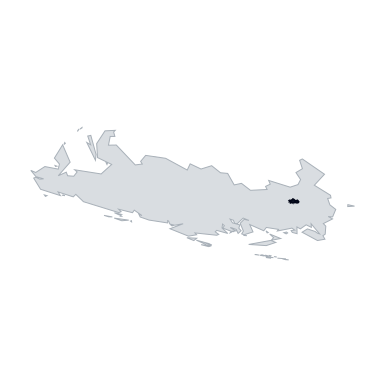 where Mariy-El sits in Russia, rotated 190°
{"feature_id": "RUS-2385", "entity_name": "Mariy-El", "entity_type": "Republic", "adm_level": 1, "iso_a3": "RUS", "parent_name": "Russia", "parent_adm1": "", "projection": "natural_earth1", "projection_center": [48.096, 56.579], "detail": "fine", "context": "in_parent", "style": "filled", "palette": "ink", "viewbox_px": 384, "rotation_deg": 190, "n_neighbors": 0, "source": "natural_earth", "source_scale": "10m", "svg_char_len": 5218}
<svg xmlns="http://www.w3.org/2000/svg" viewBox="0 0 384 384"><g transform="rotate(190 192 192)"><path d="M288.3,237.1L278.3,239.4L279.6,237.5L277.6,233.3L282.2,232.5L282.4,223.6L274.7,225.1L252.6,208.8L245.8,210.9L247.9,213.2L244.0,220.0L223.8,220.6L200.5,212.8L198.7,219.4L187.1,216.2L177.2,221.3L167.3,215.9L160.1,216.5L151.7,206.3L144.8,209.1L134.7,203.8L118.5,207.5L120.5,210.3L116.3,213.3L118.5,216.7L96.2,213.8L88.9,217.7L87.2,223.1L93.0,229.2L87.3,234.1L91.5,241.9L89.1,243.7L64.6,232.5L72.7,219.9L55.0,212.8L54.1,210.3L57.3,209.2L54.0,203.3L47.4,199.8L49.2,191.9L53.6,191.5L48.9,189.9L57.2,183.7L54.3,181.6L53.5,173.6L55.5,171.7L52.9,168.6L60.0,166.0L76.6,171.5L71.9,175.7L63.9,174.5L61.0,173.1L59.0,172.9L69.2,181.4L68.3,177.9L73.9,179.5L78.9,174.5L82.6,175.8L81.3,169.2L86.2,169.6L87.7,171.2L84.2,172.3L87.3,173.8L101.2,168.4L100.3,170.2L112.6,170.0L114.6,166.3L129.5,170.0L125.0,163.3L133.3,158.9L135.8,159.4L134.6,162.4L139.1,169.6L135.9,174.1L131.0,173.9L137.1,175.2L141.9,168.7L144.4,168.4L146.4,171.4L149.8,171.9L146.7,168.6L139.2,167.9L139.6,164.5L136.9,162.4L139.4,159.2L141.9,162.8L146.9,163.7L148.2,163.6L142.1,161.3L146.4,160.1L155.4,161.8L154.3,164.5L156.3,165.7L156.2,161.8L149.6,157.4L161.0,158.5L162.2,156.8L158.3,154.9L160.1,153.7L182.0,152.2L180.0,150.7L187.8,147.9L207.3,152.0L195.2,159.2L203.2,156.3L208.3,156.6L209.8,159.1L210.3,159.5L211.0,159.6L210.6,157.3L229.5,156.9L238.7,158.4L240.5,160.9L237.2,160.1L245.7,164.1L247.0,161.3L261.3,162.3L258.4,160.3L260.5,159.0L297.2,163.6L306.0,169.5L308.1,166.6L323.9,168.8L321.0,165.6L341.6,168.4L350.3,178.2L348.4,179.4L344.1,178.2L340.4,179.2L348.3,180.0L354.5,185.3L349.3,184.1L341.3,191.5L327.7,191.3L327.4,196.5L333.4,201.5L327.6,216.0L317.2,200.2L326.5,184.8L319.3,189.7L317.3,186.4L311.2,187.0L308.6,191.8L311.4,193.5L284.6,194.0L275.9,205.2L291.0,209.5L294.3,223.1L288.3,237.1ZM127.1,150.2L106.0,158.0L100.7,156.9L109.6,152.1L127.1,150.2ZM292.6,206.5L304.2,222.5L300.0,220.9L304.4,229.0L301.5,230.2L293.0,212.3L292.6,206.5ZM96.6,161.6L105.6,158.2L103.7,161.2L108.2,164.1L96.6,161.6ZM249.4,153.3L256.1,151.5L264.1,152.8L249.4,153.3ZM169.7,142.9L179.4,145.3L167.1,144.2L169.7,142.9ZM166.0,141.1L173.9,141.7L163.6,142.4L166.0,141.1ZM181.8,144.5L189.1,146.1L179.3,147.3L181.8,144.5ZM266.1,153.6L269.8,153.1L274.6,153.7L266.1,153.6ZM29.5,206.3L36.1,204.7L36.3,206.6L29.5,206.3ZM92.0,142.1L96.4,141.7L87.9,142.5L92.0,142.1ZM259.4,156.7L264.8,158.1L257.6,157.7L259.4,156.7ZM94.5,167.9L91.9,169.0L90.7,168.3L92.0,167.1L94.5,167.9ZM100.4,141.5L104.4,141.1L106.5,141.5L100.4,141.5ZM114.0,141.5L112.2,142.3L109.2,142.0L109.9,141.5L114.0,141.5ZM118.0,141.6L114.6,141.5L119.4,141.3L118.0,141.6ZM110.9,164.8L112.4,166.6L109.9,165.3L110.9,164.8ZM167.9,143.3L165.4,143.8L163.2,143.2L167.9,143.3ZM102.6,140.5L107.8,140.3L106.0,140.9L102.6,140.5ZM336.9,163.5L334.2,163.2L335.6,162.2L336.9,163.5ZM88.2,141.6L91.4,141.9L85.0,141.9L88.2,141.6ZM133.4,158.3L130.3,158.5L133.4,158.2L133.4,158.3ZM205.8,155.1L207.6,156.1L205.0,155.5L205.8,155.1ZM319.6,166.3L317.9,166.7L316.5,166.3L319.6,166.3ZM107.8,142.5L105.4,142.2L109.2,142.4L107.8,142.5ZM107.0,140.9L108.5,141.5L105.6,141.1L107.0,140.9ZM315.3,231.7L315.1,232.9L314.1,234.5L315.3,231.7ZM103.8,142.4L105.4,143.0L103.3,142.9L103.8,142.4ZM146.1,159.9L144.0,160.4L143.5,160.3L146.1,159.9ZM331.5,194.3L329.5,194.0L330.8,193.4L331.5,194.3ZM258.4,155.7L258.0,156.5L257.0,155.9L258.4,155.7ZM280.5,204.3L281.5,205.7L280.3,205.4L280.5,204.3ZM326.4,216.5L325.9,218.6L325.2,217.9L326.4,216.5ZM100.1,142.6L98.1,142.8L97.3,142.6L100.1,142.6ZM147.3,158.5L146.9,159.3L146.4,159.1L147.3,158.5ZM247.5,152.7L246.6,153.2L246.3,152.1L247.5,152.7ZM311.4,236.1L313.3,234.4L311.5,236.5L311.4,236.1Z" fill="#d9dde1" stroke="#a8b0b8" stroke-width="1"/><path d="M94.5,200.4L94.8,200.5L94.7,200.6L94.4,200.8L94.3,200.7L94.2,200.8L93.9,200.8L94.0,200.7L93.9,200.6L93.7,200.7L93.5,200.8L93.4,200.9L93.2,200.9L93.1,201.0L92.9,201.1L92.7,201.0L92.4,201.1L92.3,201.3L92.1,201.4L92.2,201.5L92.3,201.4L92.3,201.5L92.2,201.5L92.0,201.8L91.9,201.9L91.7,201.9L91.6,202.0L91.6,202.3L91.4,202.2L91.2,202.3L91.0,202.5L90.9,202.6L90.6,202.4L90.2,202.3L90.2,202.2L90.0,201.9L89.9,201.7L89.2,201.7L89.0,201.4L88.9,201.4L88.9,201.2L88.6,201.2L88.4,201.2L88.4,201.3L88.2,201.3L87.6,201.6L87.4,201.8L87.3,201.7L87.2,201.7L86.8,201.8L86.7,201.8L86.4,201.9L86.4,202.0L86.2,201.9L86.1,201.7L85.9,201.6L85.7,201.4L85.8,201.2L85.9,200.9L85.7,200.9L85.4,200.8L85.2,200.8L85.2,200.7L85.3,200.4L85.6,200.4L85.8,200.3L85.8,200.2L85.7,200.2L85.8,200.2L85.8,199.9L85.9,199.7L86.1,199.7L86.4,199.7L86.5,199.6L87.1,199.5L87.3,199.6L87.5,199.5L87.9,199.5L88.0,199.5L88.3,199.6L88.4,199.8L88.5,199.8L88.9,199.8L89.0,199.7L89.1,199.8L89.1,199.7L89.3,199.6L89.5,199.4L89.6,199.2L89.8,199.3L90.0,199.4L90.3,199.4L90.6,199.3L90.5,199.2L90.8,199.0L90.8,198.9L90.9,199.0L91.0,199.0L91.3,198.9L91.5,199.0L91.6,198.9L91.8,198.9L91.9,199.0L92.0,199.0L91.9,199.1L92.0,199.2L92.3,199.0L92.3,198.9L92.3,198.7L92.7,198.5L92.6,198.8L92.6,199.0L92.8,199.2L92.8,199.3L93.1,199.3L93.2,199.2L93.3,199.2L93.8,199.2L93.8,199.3L93.9,199.5L94.0,199.7L94.3,199.8L94.4,199.7L94.4,199.8L94.5,199.8L94.6,200.0L94.5,200.3L94.5,200.4Z" fill="#0f172a" stroke="#020617" stroke-width="1.5"/></g></svg>